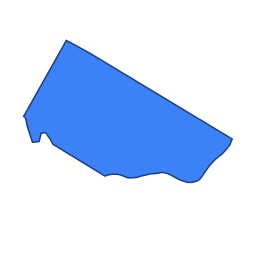 outline of Clermont, Ohio, United States of America, rotated 295°
{"feature_id": "52423323B73529130957654", "entity_name": "Clermont", "entity_type": "district", "adm_level": 2, "iso_a3": "USA", "parent_name": "United States of America", "parent_adm1": "Ohio", "projection": "robinson", "projection_center": [-84.222, 39.021], "detail": "fine", "context": "isolated", "style": "filled", "palette": "blue", "viewbox_px": 256, "rotation_deg": 295, "n_neighbors": 0, "source": "geoboundaries", "source_scale": "gbopen_adm2", "svg_char_len": 757}
<svg xmlns="http://www.w3.org/2000/svg" viewBox="0 0 256 256"><g transform="rotate(295 128 128)"><path d="M94.5,28.5L93.8,31.0L87.1,35.9L74.7,47.4L78.2,53.2L86.4,51.4L89.0,55.2L85.1,62.1L81.5,66.9L76.3,113.4L74.7,127.4L76.8,129.5L79.7,133.6L81.5,137.8L82.1,140.3L82.4,142.0L82.8,148.8L85.1,153.8L87.8,158.0L89.4,159.5L94.0,165.4L95.3,166.7L99.0,173.2L99.9,174.7L100.8,175.6L102.6,178.7L103.3,182.2L103.4,183.7L103.5,186.0L103.5,186.7L102.9,194.4L103.0,198.7L103.6,203.6L103.9,204.8L104.0,205.2L105.6,208.7L106.7,210.2L109.7,213.4L112.0,214.7L114.4,215.3L128.3,217.7L135.1,219.9L141.4,222.6L143.6,224.0L148.4,225.6L155.8,227.5L158.5,227.2L162.0,227.1L179.8,60.3L181.3,35.1L176.8,34.8L94.5,28.5Z" fill="#3b82f6" stroke="#1e3a8a" stroke-width="1.5"/></g></svg>